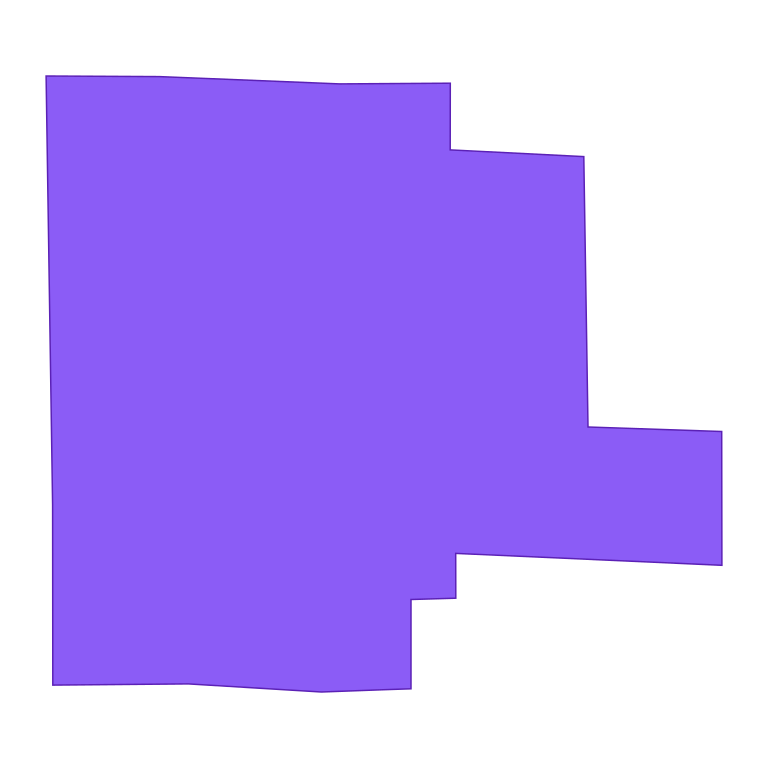 Fayette, Alabama, United States of America
{"feature_id": "52423323B79974581250794", "entity_name": "Fayette", "entity_type": "district", "adm_level": 2, "iso_a3": "USA", "parent_name": "United States of America", "parent_adm1": "Alabama", "projection": "mercator", "projection_center": [-87.706, 33.72], "detail": "fine", "context": "isolated", "style": "filled", "palette": "violet", "viewbox_px": 768, "rotation_deg": 0, "n_neighbors": 0, "source": "geoboundaries", "source_scale": "gbopen_adm2", "svg_char_len": 351}
<svg xmlns="http://www.w3.org/2000/svg" viewBox="0 0 768 768"><path d="M46.1,76.0L52.6,505.0L52.8,685.1L188.3,683.9L321.4,692.0L384.2,689.7L411.0,688.8L411.0,599.5L455.8,598.2L455.7,553.4L721.9,565.3L721.7,431.5L588.0,427.0L583.8,156.6L450.2,149.9L450.3,83.2L339.6,83.9L159.4,76.6L46.1,76.0Z" fill="#8b5cf6" stroke="#5b21b6" stroke-width="1.5"/></svg>